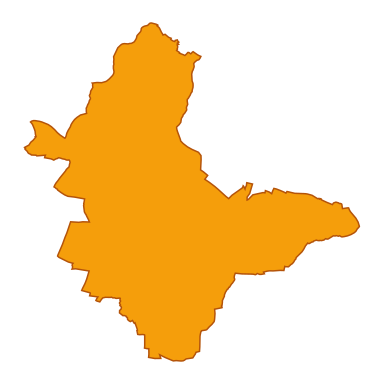 Apoldu De Jos, Sibiu, Romania (Natural Earth projection)
{"feature_id": "2599482B80267229477921", "entity_name": "Apoldu De Jos", "entity_type": "district", "adm_level": 2, "iso_a3": "ROU", "parent_name": "Romania", "parent_adm1": "Sibiu", "projection": "natural_earth1", "projection_center": [23.854, 45.907], "detail": "fine", "context": "isolated", "style": "filled", "palette": "amber", "viewbox_px": 384, "rotation_deg": 0, "n_neighbors": 0, "source": "geoboundaries", "source_scale": "gbopen_adm2", "svg_char_len": 5880}
<svg xmlns="http://www.w3.org/2000/svg" viewBox="0 0 384 384"><path d="M355.9,231.3L357.2,229.0L358.9,227.2L359.4,226.4L358.1,222.1L355.8,218.1L350.5,211.8L349.5,210.1L348.6,207.9L347.4,207.9L342.5,208.6L341.8,204.3L341.5,203.9L340.5,203.5L339.3,203.5L338.6,202.9L336.2,202.2L335.6,202.2L333.5,203.0L332.4,204.6L326.7,202.3L322.6,200.4L321.4,199.8L321.4,199.2L320.8,198.7L320.3,198.7L319.8,199.2L319.4,199.2L319.0,198.4L317.6,198.7L312.1,195.3L307.4,194.0L305.2,193.7L294.7,193.3L287.0,191.5L285.9,193.1L283.8,192.0L280.3,190.5L276.4,189.0L273.9,188.4L272.7,190.9L271.7,193.7L269.2,192.0L265.4,190.6L265.0,192.8L263.0,192.6L252.9,194.8L248.4,199.4L247.1,200.0L247.1,197.1L249.7,193.5L252.5,184.0L246.8,182.7L246.5,184.2L246.6,184.9L245.9,186.7L245.5,187.1L245.0,189.1L243.6,186.2L243.2,185.8L243.0,186.6L242.2,188.0L231.9,195.3L228.7,198.6L226.1,196.6L218.3,189.5L214.8,186.5L209.4,182.4L204.8,179.3L207.7,175.4L203.5,171.9L200.6,169.9L201.1,159.7L201.0,155.6L198.5,152.3L192.0,149.4L187.5,146.9L183.1,143.5L180.7,141.0L180.4,139.5L177.5,131.6L176.8,129.3L176.6,127.5L176.7,126.9L179.0,124.8L180.8,122.3L181.3,118.9L181.5,118.2L182.8,116.2L183.2,114.8L184.7,113.2L186.6,110.2L186.7,109.7L186.4,107.8L186.6,106.8L187.7,104.4L187.2,100.9L187.3,99.4L188.3,98.3L190.3,94.9L190.9,93.3L192.1,91.7L192.2,90.3L193.0,87.3L193.1,85.2L193.0,83.4L192.1,80.9L191.7,74.1L192.3,71.4L193.0,70.1L194.1,66.9L194.1,66.0L193.7,63.6L194.6,62.3L196.9,60.3L198.1,60.0L199.0,59.6L200.1,58.1L200.9,56.4L199.2,55.7L197.4,54.7L193.1,51.7L192.3,52.2L191.3,53.4L190.7,53.8L188.9,52.5L187.8,52.5L186.4,54.1L184.9,55.5L183.6,54.8L179.4,53.2L179.6,52.6L179.4,52.4L176.6,50.5L177.4,49.2L177.2,48.5L177.5,48.0L177.7,46.8L177.2,44.8L178.6,44.3L177.3,43.1L178.8,42.1L177.8,41.1L177.3,39.9L175.2,40.4L174.8,41.5L173.3,41.1L172.0,40.4L170.7,39.4L171.2,38.3L168.6,37.3L165.1,34.3L163.0,35.0L162.5,33.8L161.6,32.6L159.5,28.2L158.9,27.4L157.1,25.9L157.7,25.6L157.9,25.3L157.8,25.0L156.1,24.2L152.7,23.3L151.5,23.0L150.1,23.1L149.2,23.8L147.6,25.4L144.3,26.2L142.6,27.1L141.7,27.9L141.2,28.8L141.1,30.4L140.7,31.3L140.2,32.1L137.2,35.4L136.9,36.0L136.4,38.3L134.9,40.9L133.9,42.1L131.3,43.4L130.0,43.4L128.0,43.9L124.2,43.6L122.2,44.0L120.7,45.0L117.8,47.8L113.6,56.7L113.9,59.3L113.6,62.1L113.9,64.2L113.4,65.8L113.4,68.4L114.0,71.6L113.8,73.1L113.2,74.6L112.2,75.9L109.1,79.1L106.5,81.2L105.2,81.7L101.6,82.7L97.0,82.5L92.2,83.1L92.7,83.8L92.6,85.6L92.8,87.5L90.7,91.1L90.3,93.7L89.4,95.4L89.7,96.7L90.4,97.9L90.4,98.9L89.4,100.5L88.8,102.8L87.6,104.9L87.0,106.7L86.2,108.2L86.3,109.1L86.3,111.6L86.6,113.4L80.5,115.0L77.0,117.4L74.6,119.5L72.5,122.3L71.1,124.6L70.3,126.9L68.2,130.3L66.8,133.2L66.0,136.4L65.2,138.0L64.8,138.2L60.3,135.2L57.3,132.6L54.7,129.7L51.4,126.7L48.1,124.5L41.9,122.0L39.4,121.3L35.0,120.6L33.4,120.6L31.5,121.2L30.5,122.0L31.8,123.4L32.7,124.9L34.3,128.8L35.1,131.3L35.4,134.3L36.0,136.5L35.2,136.8L35.6,137.3L33.1,140.3L30.8,142.2L28.9,145.1L24.6,147.4L25.5,148.2L24.9,148.9L25.1,149.3L27.2,151.3L28.1,152.9L28.8,153.5L31.0,154.5L31.3,155.0L36.1,155.2L36.8,155.9L45.4,155.2L45.0,156.1L44.6,157.7L51.2,158.9L53.8,160.1L55.9,158.9L57.4,158.5L58.6,157.7L60.5,158.1L62.3,158.8L65.0,159.3L65.9,159.8L67.0,160.1L69.1,160.0L69.7,160.8L70.1,162.4L69.5,164.3L69.1,166.8L66.4,169.4L65.4,171.1L59.7,178.1L57.8,180.8L56.1,182.9L54.9,184.9L54.0,186.9L55.2,187.6L56.2,188.6L57.4,189.2L57.6,190.0L60.8,192.4L64.7,194.9L67.9,196.3L74.6,197.1L84.6,198.9L84.0,202.5L83.7,203.5L83.9,204.3L83.6,205.4L84.4,211.9L85.5,214.0L86.1,214.6L86.3,215.4L88.4,219.5L89.4,222.0L82.8,221.8L78.8,222.3L70.6,221.8L66.9,232.8L65.0,237.4L62.5,244.3L57.7,255.5L57.6,256.1L59.0,257.4L68.3,262.0L73.0,263.3L72.4,264.0L72.1,265.4L72.5,266.2L72.5,267.9L72.0,269.1L75.7,268.8L89.1,271.0L86.7,279.1L85.0,283.5L82.5,288.5L81.7,290.5L90.0,292.8L90.3,293.1L90.3,293.4L89.6,295.8L97.9,296.9L96.5,299.1L95.9,300.5L97.0,301.1L99.8,301.9L101.4,299.5L102.8,297.9L105.4,297.3L110.3,297.4L111.5,297.2L112.9,297.9L114.4,297.8L116.1,298.4L119.9,298.1L120.2,298.3L120.3,298.6L119.9,300.1L120.6,301.0L120.3,301.7L119.7,302.3L119.5,302.9L119.6,303.6L120.4,304.6L119.9,305.6L120.8,306.2L121.4,307.3L121.1,309.0L119.6,310.5L119.5,312.9L123.0,315.7L124.1,315.5L126.0,316.1L126.2,316.3L126.3,316.9L127.4,317.6L127.5,319.2L128.4,320.4L130.3,321.6L132.5,320.5L134.0,323.0L134.3,323.3L135.0,322.8L137.2,329.1L137.4,330.3L136.9,330.5L137.7,334.4L139.5,334.7L142.6,334.5L144.5,334.8L144.7,335.6L144.7,341.4L144.7,345.9L144.5,348.1L147.2,348.7L148.8,348.7L148.9,354.2L148.6,357.4L154.8,358.5L160.8,358.4L159.6,354.7L165.2,357.5L172.8,360.7L173.3,360.9L176.2,360.6L181.1,361.0L183.2,360.8L184.4,360.2L186.2,358.9L192.8,357.9L195.4,353.9L196.0,352.3L199.5,351.4L199.8,346.9L200.0,336.4L200.2,334.9L200.9,331.7L201.7,330.7L205.9,330.0L206.8,329.6L209.4,326.7L211.9,324.4L214.0,321.8L214.3,321.0L214.6,319.2L215.0,313.5L214.6,309.2L222.0,307.7L222.1,307.4L221.5,306.5L221.9,306.0L221.6,305.4L222.0,305.3L222.1,304.7L222.4,302.3L222.4,300.6L224.4,296.2L224.4,295.0L225.5,292.2L227.3,289.3L227.9,289.1L228.9,287.3L229.5,287.2L231.4,284.2L232.6,282.9L234.5,280.1L234.7,279.4L234.6,278.7L234.2,278.0L234.2,277.0L234.5,275.3L235.3,273.2L242.0,273.9L251.7,274.1L253.4,274.2L255.3,274.7L255.9,274.5L257.2,273.5L259.7,274.4L261.1,274.4L264.4,273.8L263.5,272.1L267.4,271.1L269.8,270.8L273.0,270.9L280.0,270.4L283.9,270.5L284.8,266.4L285.5,266.7L288.5,266.8L291.1,264.4L292.3,263.7L293.6,262.2L295.0,259.8L295.8,259.1L296.2,257.5L296.5,257.2L302.0,251.8L303.8,249.1L305.4,246.0L307.7,243.1L308.2,243.5L309.4,243.5L311.9,242.0L312.9,242.0L313.5,241.2L316.3,240.1L317.0,240.4L318.4,240.6L319.2,240.7L319.8,240.4L321.5,240.6L324.0,240.0L325.6,238.7L327.0,239.1L328.1,239.0L333.4,235.8L335.2,236.0L336.1,235.6L338.5,236.2L339.6,235.7L341.2,236.7L342.0,236.9L344.2,236.6L347.4,235.9L350.9,234.6L354.3,232.7L355.9,231.3Z" fill="#f59e0b" stroke="#b45309" stroke-width="1.5"/></svg>